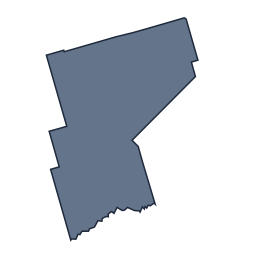 Harding, New Mexico, United States of America, rotated 254°
{"feature_id": "52423323B19647593546846", "entity_name": "Harding", "entity_type": "district", "adm_level": 2, "iso_a3": "USA", "parent_name": "United States of America", "parent_adm1": "New Mexico", "projection": "robinson", "projection_center": [-104.115, 35.804], "detail": "fine", "context": "isolated", "style": "filled", "palette": "slate", "viewbox_px": 256, "rotation_deg": 254, "n_neighbors": 0, "source": "geoboundaries", "source_scale": "gbopen_adm2", "svg_char_len": 723}
<svg xmlns="http://www.w3.org/2000/svg" viewBox="0 0 256 256"><g transform="rotate(254 128 128)"><path d="M109.6,42.2L36.0,42.1L36.9,43.1L35.5,47.3L39.7,50.7L38.8,52.5L41.4,55.2L39.7,61.7L41.7,63.1L42.0,68.4L47.2,73.5L45.6,77.2L48.1,78.2L49.0,82.4L48.1,84.6L50.8,85.3L52.3,89.1L49.8,91.0L54.7,95.6L50.3,99.7L50.0,102.1L51.8,105.6L46.8,111.6L45.2,116.0L43.8,116.4L48.2,120.1L45.6,121.4L47.8,122.8L45.9,124.0L48.3,126.2L47.1,127.9L48.6,132.3L47.3,133.1L92.6,132.6L107.4,132.7L115.1,128.5L158.9,207.0L173.9,207.1L173.9,213.9L216.8,213.9L218.4,212.4L218.3,192.1L218.3,159.4L219.0,141.4L218.9,87.7L220.5,87.7L220.5,69.6L146.5,69.6L146.6,51.3L109.6,51.2L109.6,42.2Z" fill="#64748b" stroke="#1e293b" stroke-width="1.5"/></g></svg>